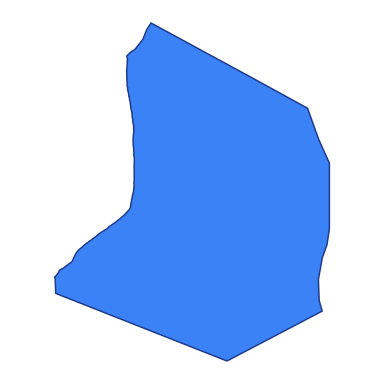 outline of Trois Piton, Castries, Saint Lucia
{"feature_id": "8701671B60571960824161", "entity_name": "Trois Piton", "entity_type": "district", "adm_level": 2, "iso_a3": "LCA", "parent_name": "Saint Lucia", "parent_adm1": "Castries", "projection": "albers", "projection_center": [-60.974, 13.989], "detail": "fine", "context": "isolated", "style": "filled", "palette": "blue", "viewbox_px": 384, "rotation_deg": 0, "n_neighbors": 0, "source": "geoboundaries", "source_scale": "gbopen_adm2", "svg_char_len": 2364}
<svg xmlns="http://www.w3.org/2000/svg" viewBox="0 0 384 384"><path d="M151.0,23.0L146.8,29.5L144.0,36.5L142.9,39.3L138.6,44.8L135.1,49.2L132.1,51.2L130.3,52.4L127.7,55.1L126.8,56.0L127.3,58.1L127.4,58.8L127.4,59.4L127.2,62.6L127.2,64.5L127.0,65.9L127.0,66.7L126.9,68.5L126.6,71.1L126.7,72.3L126.8,73.3L126.8,74.7L126.8,75.3L126.8,76.9L126.9,79.7L127.0,81.2L127.1,83.3L127.1,85.2L127.5,87.7L127.6,88.4L127.7,89.8L127.9,90.4L128.0,91.3L128.6,93.6L128.8,96.0L129.2,97.5L129.4,98.1L129.5,98.7L129.6,100.0L130.1,102.0L130.4,104.2L130.6,105.0L130.7,106.6L130.9,107.9L131.4,110.4L131.7,111.9L131.9,112.9L132.0,113.6L132.1,115.4L132.3,116.7L132.3,117.3L132.4,117.8L132.6,118.9L132.8,121.7L133.1,123.4L133.5,125.1L133.6,125.6L133.7,126.8L133.7,127.7L133.7,128.6L133.7,130.2L133.7,130.9L133.7,131.6L133.6,133.1L133.4,135.1L133.1,138.3L133.1,140.1L133.1,142.2L133.3,146.4L133.6,148.2L133.7,148.7L133.7,150.5L133.9,152.6L133.8,155.1L134.2,157.2L134.3,159.1L134.3,160.2L134.3,162.4L134.3,163.8L134.1,165.4L134.2,168.4L134.2,169.4L134.1,172.3L134.2,173.5L134.2,174.0L134.2,176.1L134.2,177.2L134.2,178.7L134.2,180.8L133.9,182.2L134.1,184.5L134.0,186.3L133.8,189.0L133.7,189.9L133.4,191.8L133.1,193.2L132.8,194.2L132.6,195.1L132.1,198.0L131.6,199.8L131.3,202.2L130.9,203.5L130.6,205.6L130.5,206.6L130.1,208.2L129.1,209.9L127.8,211.2L125.6,213.5L124.8,214.6L123.0,216.1L122.5,216.5L121.5,217.4L120.8,218.0L119.7,219.0L118.4,219.9L116.7,221.4L115.2,222.4L114.6,222.8L113.2,223.8L111.8,224.8L111.1,225.3L109.4,226.4L107.4,228.4L106.9,228.9L106.5,229.1L104.9,229.9L102.7,231.6L101.4,232.2L101.1,232.4L99.0,233.8L98.2,234.5L97.7,234.9L96.6,235.9L96.1,236.4L95.1,237.0L92.5,238.9L91.2,240.1L89.4,241.1L88.1,242.3L86.0,243.7L84.6,244.8L83.0,246.3L82.4,246.8L81.7,247.5L79.6,249.2L79.0,249.6L78.6,250.0L77.9,250.7L76.8,252.1L75.7,253.9L74.6,256.0L73.6,257.9L73.3,258.8L72.9,259.8L72.4,261.0L71.2,262.4L70.1,263.1L68.5,264.2L66.9,265.4L65.3,266.6L64.7,267.1L63.2,268.3L62.2,268.7L61.4,269.1L60.1,269.9L59.7,270.2L59.1,271.2L58.5,272.5L55.2,276.9L54.6,277.0L55.2,278.9L55.4,285.1L55.7,293.4L226.9,361.0L322.2,311.1L319.2,300.5L318.7,288.2L318.4,279.5L320.6,267.3L322.3,257.7L323.2,255.3L327.0,244.7L328.6,233.8L329.4,228.6L329.4,196.2L329.4,163.1L319.2,140.5L315.4,130.4L315.3,130.0L308.2,110.0L307.5,108.2L255.5,79.7L151.0,23.0Z" fill="#3b82f6" stroke="#1e3a8a" stroke-width="1.5"/></svg>